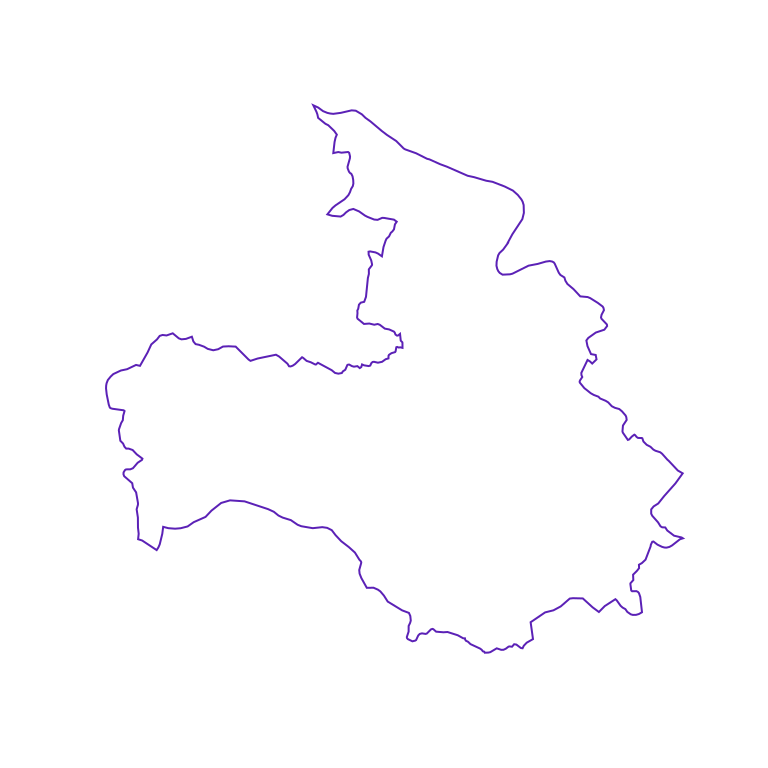 Mai Chau, Hòa Bình, Vietnam (orthographic projection), rotated 348°
{"feature_id": "81297802B54863694878388", "entity_name": "Mai Chau", "entity_type": "district", "adm_level": 2, "iso_a3": "VNM", "parent_name": "Vietnam", "parent_adm1": "Hòa Bình", "projection": "orthographic", "projection_center": [105.025, 20.716], "detail": "fine", "context": "isolated", "style": "outline", "palette": "violet", "viewbox_px": 768, "rotation_deg": 348, "n_neighbors": 0, "source": "geoboundaries", "source_scale": "gbopen_adm2", "svg_char_len": 6164}
<svg xmlns="http://www.w3.org/2000/svg" viewBox="0 0 768 768"><g transform="rotate(348 384 384)"><path d="M588.9,660.9L590.4,645.6L589.9,641.5L589.1,640.1L587.8,639.1L583.6,638.3L582.9,637.4L583.4,630.9L583.6,630.2L587.1,627.6L588.0,622.3L592.5,619.4L595.2,617.2L595.8,613.8L599.0,612.8L603.3,610.2L611.0,598.3L611.6,596.7L613.6,594.1L614.8,594.1L618.1,598.0L622.1,601.1L624.4,602.3L626.4,602.8L629.3,602.7L632.2,601.8L641.2,597.4L644.3,597.1L643.2,596.0L636.2,592.7L630.6,586.2L629.3,582.8L626.3,582.0L624.9,580.7L623.3,576.3L619.0,568.7L618.4,566.4L619.3,562.2L622.3,559.8L627.4,557.9L634.7,551.9L648.4,541.8L657.6,533.5L653.4,529.7L646.5,518.3L645.5,517.0L641.5,510.0L640.0,508.2L635.6,505.7L633.8,504.1L631.6,500.8L628.3,498.1L625.8,494.2L625.4,490.8L624.9,490.4L621.3,489.6L620.1,488.4L619.0,486.2L618.3,485.6L615.4,487.0L612.3,489.2L610.9,489.4L607.5,481.2L607.4,479.9L609.1,474.3L613.9,469.6L614.1,466.8L613.8,465.1L611.1,460.2L608.9,457.4L604.9,455.3L602.2,453.1L599.5,448.6L597.3,446.5L592.4,443.1L591.1,441.0L586.9,438.3L584.3,436.0L579.1,429.7L575.8,423.3L575.9,422.1L576.7,421.0L579.4,418.4L579.0,416.4L579.3,414.2L588.1,402.8L590.2,404.8L591.9,407.3L597.0,404.1L597.1,399.6L592.7,397.8L590.9,389.2L591.0,383.5L593.4,381.4L601.9,377.7L610.8,376.7L614.3,373.7L614.4,372.1L610.3,365.4L610.1,364.0L611.2,361.5L614.5,357.5L614.5,355.2L614.0,353.7L610.0,349.1L603.6,342.9L601.3,341.3L594.2,339.1L589.1,330.6L584.2,324.3L582.9,320.7L582.6,317.3L579.2,314.0L578.1,311.5L576.0,301.8L575.4,300.4L574.0,299.2L571.6,298.2L567.8,297.9L559.3,298.5L550.0,298.3L532.6,302.8L530.1,302.9L522.7,301.7L520.3,299.4L519.3,297.5L518.7,295.1L518.6,291.7L519.6,287.8L522.4,281.9L524.2,279.9L528.5,277.3L534.6,271.8L534.4,271.6L540.7,264.2L553.6,251.5L556.4,245.7L557.8,238.0L557.5,234.5L556.8,232.1L554.2,226.9L550.3,221.6L543.1,215.9L532.2,208.8L526.2,206.4L515.1,200.4L509.1,197.7L490.7,184.5L484.5,180.6L475.1,173.7L473.0,172.7L463.4,165.0L453.5,158.9L452.2,157.7L446.5,148.9L438.6,140.9L434.4,136.0L425.4,124.4L421.2,119.8L418.4,115.6L413.2,110.8L409.2,109.6L398.2,109.8L390.5,109.2L387.5,108.2L384.9,107.0L381.1,104.4L377.1,99.9L372.8,96.7L374.5,103.6L374.9,106.4L374.9,110.0L380.8,117.3L383.3,119.3L387.9,126.1L389.7,130.3L387.8,133.0L386.0,136.9L382.4,147.6L387.5,147.6L390.5,148.9L397.1,149.6L398.0,150.6L398.1,154.3L397.6,156.1L393.5,163.9L393.3,165.5L393.9,169.1L394.8,170.8L395.7,171.5L396.4,174.3L396.3,178.1L395.7,181.6L394.6,184.0L392.4,186.3L390.6,189.3L388.4,191.9L383.8,195.1L373.7,199.2L370.2,201.1L363.9,206.3L368.3,208.7L376.4,211.2L379.5,210.2L382.6,208.2L386.3,206.6L390.4,206.4L395.5,210.0L400.4,215.3L402.6,217.1L408.6,221.1L411.9,222.1L416.8,221.1L418.7,221.6L427.9,225.3L430.2,227.9L427.9,230.1L425.9,234.8L423.8,236.6L422.1,237.5L419.6,240.7L416.7,242.4L415.4,244.1L412.0,249.9L408.5,258.7L405.3,255.2L403.0,253.5L397.9,251.4L396.4,251.4L395.9,254.3L397.2,260.5L397.2,264.5L396.9,265.3L393.0,268.7L392.1,273.2L390.3,276.9L384.5,295.0L381.7,299.5L378.2,299.6L376.0,301.2L374.4,305.1L373.2,306.6L372.8,309.2L371.5,313.3L371.7,314.6L376.9,321.1L382.2,321.8L386.8,324.0L390.3,324.0L392.2,325.2L396.3,330.0L400.4,331.7L404.6,334.8L405.2,335.9L405.5,338.0L406.8,339.4L407.8,339.5L410.1,338.3L409.4,345.1L410.6,347.0L410.6,347.6L409.6,352.5L407.5,351.5L406.0,351.4L404.6,350.5L403.7,350.6L402.1,354.5L401.5,355.1L397.7,355.4L395.0,356.5L394.3,357.3L393.7,359.9L390.8,360.1L386.7,361.9L382.5,361.9L378.8,360.2L377.4,360.1L375.9,361.0L374.4,363.1L372.8,363.3L368.4,361.6L366.6,360.3L365.3,362.7L363.6,363.4L361.7,361.0L358.2,360.8L356.3,359.8L354.1,357.8L352.9,357.6L352.1,357.8L349.1,362.0L346.4,363.1L345.0,364.5L341.5,364.4L338.4,363.0L335.7,359.6L323.8,349.5L321.4,350.8L320.5,350.4L316.9,347.5L313.1,345.3L310.4,341.7L309.4,340.8L301.2,346.0L298.5,347.1L296.3,347.4L294.8,346.9L293.8,344.1L287.1,335.3L284.4,332.9L265.7,332.8L258.2,333.6L256.6,331.9L246.7,316.6L239.9,314.8L234.3,313.9L229.0,315.5L224.0,315.5L218.9,313.0L215.8,310.1L211.2,307.2L208.0,305.8L206.4,302.8L205.9,297.8L199.7,298.7L195.2,298.2L192.8,296.7L187.9,290.5L181.4,291.3L177.6,290.0L174.6,290.3L171.2,293.2L164.6,296.9L159.3,304.0L149.1,315.5L145.4,313.8L135.8,316.1L129.4,316.1L121.3,318.0L118.2,319.9L114.7,322.7L112.8,325.6L111.9,327.8L111.2,330.5L110.6,336.6L110.5,346.9L110.9,349.9L111.4,350.7L113.1,351.7L123.9,355.6L124.6,356.5L122.3,360.8L121.0,365.1L118.8,367.5L115.4,373.1L115.0,374.2L114.3,384.7L116.4,388.0L117.1,391.4L118.4,393.6L120.8,394.1L124.4,396.3L127.5,401.4L132.2,406.8L131.5,407.9L126.7,409.8L120.9,414.2L118.1,414.7L114.0,413.9L112.8,414.3L110.9,416.3L110.4,418.1L110.7,420.2L117.1,428.7L116.9,433.2L119.0,438.5L118.6,449.4L118.2,451.0L116.0,455.1L115.5,463.5L113.5,473.3L112.9,479.5L111.2,484.7L114.9,486.8L127.1,499.2L129.3,497.0L131.3,494.2L136.0,484.4L138.3,477.8L143.1,480.2L149.6,482.1L155.1,482.8L162.3,482.5L169.1,479.6L181.8,476.9L188.9,472.0L200.0,466.5L209.2,465.8L223.2,469.8L244.6,482.3L249.7,486.1L253.4,490.7L257.1,493.6L264.6,497.8L270.2,503.7L273.5,505.9L284.3,510.2L293.9,511.2L298.5,512.9L302.5,516.1L305.2,521.8L309.5,528.9L315.7,536.2L320.5,542.8L323.4,550.8L324.4,552.4L324.7,553.6L324.3,554.7L321.1,560.8L320.7,564.4L321.5,569.1L324.8,579.8L331.4,581.1L335.3,583.9L337.3,586.1L339.9,590.9L342.4,597.6L354.7,609.2L360.8,613.1L361.5,616.4L361.0,621.0L359.8,623.2L357.8,625.8L356.6,631.3L353.7,636.3L353.7,637.4L354.3,638.5L358.3,641.6L361.2,641.5L362.2,641.1L365.2,637.1L367.0,635.9L369.3,635.8L372.7,637.1L374.0,637.0L378.9,633.8L380.4,633.6L381.3,634.1L383.5,637.1L390.5,639.2L394.6,639.8L403.9,645.1L408.6,649.2L410.3,649.6L410.2,650.7L410.7,652.1L412.6,653.6L414.5,656.4L423.0,662.8L424.3,664.3L425.1,666.0L426.4,666.7L426.7,667.8L430.1,668.4L432.2,668.4L439.3,666.0L443.4,668.4L445.6,668.8L448.0,668.3L451.2,666.8L452.3,666.8L454.6,667.6L457.2,665.6L459.3,666.4L463.0,670.7L464.6,671.3L466.3,669.1L469.8,666.7L476.7,664.5L477.9,647.5L494.1,640.9L502.7,640.6L510.6,638.3L521.1,632.5L524.3,632.8L533.9,635.1L541.6,645.8L546.8,651.7L553.8,647.1L565.6,642.6L566.7,644.1L569.3,650.1L570.9,652.3L573.3,654.4L574.6,657.5L577.5,660.6L579.4,661.6L582.5,662.2L585.5,662.0L588.9,660.9Z" fill="none" stroke="#5b21b6" stroke-width="2"/></g></svg>